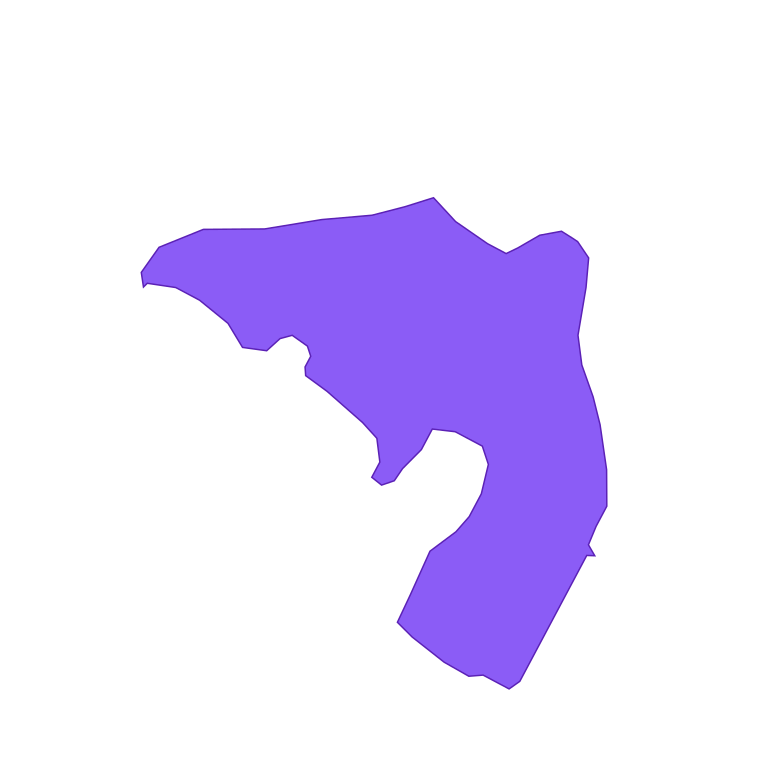 the Statistical Region of Sopište, rotated 118°
{"feature_id": "MKD-2909", "entity_name": "Sopište", "entity_type": "Statistical Region", "adm_level": 1, "iso_a3": "MKD", "parent_name": "North Macedonia", "parent_adm1": "", "projection": "natural_earth1", "projection_center": [21.335, 41.836], "detail": "fine", "context": "isolated", "style": "filled", "palette": "violet", "viewbox_px": 768, "rotation_deg": 118, "n_neighbors": 0, "source": "natural_earth", "source_scale": "10m", "svg_char_len": 1047}
<svg xmlns="http://www.w3.org/2000/svg" viewBox="0 0 768 768"><g transform="rotate(118 384 384)"><path d="M198.2,429.6L196.3,427.7L207.0,397.0L211.5,358.5L211.5,337.4L201.0,329.7L179.5,316.3L165.8,299.0L166.8,285.6L167.4,279.8L176.6,262.5L204.0,250.9L249.9,235.6L274.3,218.3L297.2,193.3L318.5,174.1L355.2,147.2L387.3,129.9L410.1,129.9L430.0,128.0L436.7,117.3L440.2,124.5L484.5,124.5L524.4,124.5L559.4,124.5L566.4,124.5L582.8,124.5L594.5,130.4L594.5,142.2L594.5,159.8L602.2,171.9L601.4,200.3L594.2,240.3L588.1,260.3L557.5,261.8L510.0,264.9L480.7,251.1L461.1,246.5L435.3,246.5L406.0,254.1L392.7,268.0L392.7,298.7L401.1,320.2L424.4,320.2L450.0,327.9L464.6,329.5L474.4,338.7L472.1,351.0L454.9,351.0L435.3,364.8L428.1,384.8L417.2,430.9L413.4,457.1L406.0,461.7L393.9,461.7L386.5,469.4L384.1,487.9L392.7,497.1L409.7,503.2L418.1,526.1L403.7,550.2L396.6,586.2L396.6,613.2L406.2,640.3L411.3,641.9L399.4,650.7L368.9,646.8L332.3,616.1L303.2,562.3L268.0,516.1L240.6,473.8L217.8,448.9L198.2,429.6Z" fill="#8b5cf6" stroke="#5b21b6" stroke-width="1.5"/></g></svg>